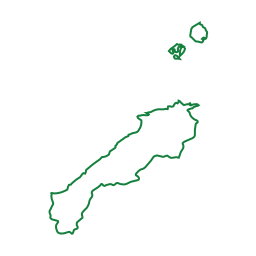 an SVG outline of Shimane, rotated 3°
{"feature_id": "JPN-1824", "entity_name": "Shimane", "entity_type": "Prefecture", "adm_level": 1, "iso_a3": "JPN", "parent_name": "Japan", "parent_adm1": "", "projection": "natural_earth1", "projection_center": [132.68, 35.321], "detail": "fine", "context": "isolated", "style": "outline", "palette": "green", "viewbox_px": 256, "rotation_deg": 3, "n_neighbors": 0, "source": "natural_earth", "source_scale": "10m", "svg_char_len": 4251}
<svg xmlns="http://www.w3.org/2000/svg" viewBox="0 0 256 256"><g transform="rotate(3 128 128)"><path d="M54.8,197.2L55.2,196.9L57.9,197.2L60.9,196.8L64.8,195.7L67.6,194.4L69.1,193.6L70.6,192.7L71.1,190.2L71.4,189.3L72.0,187.9L73.9,187.5L74.4,186.7L76.3,184.8L79.2,182.1L82.7,179.6L84.7,176.5L85.9,175.4L87.6,175.8L88.1,174.4L88.4,172.1L92.5,168.3L94.3,166.6L96.6,164.7L101.6,160.7L103.4,158.5L106.3,157.9L108.3,157.0L110.3,155.5L111.1,152.4L113.8,150.3L115.8,148.9L116.6,147.8L116.3,146.7L117.7,145.1L118.2,143.5L123.3,139.5L125.8,137.4L128.7,136.1L128.9,134.7L130.5,134.2L132.6,133.0L136.6,131.9L138.1,130.8L139.2,128.8L140.2,127.0L140.9,124.3L141.1,122.5L141.1,121.1L140.9,119.6L139.4,118.8L137.4,117.4L136.8,116.2L137.8,115.2L139.6,115.0L141.8,114.3L143.5,114.3L146.3,114.3L147.6,114.0L148.1,113.5L147.2,112.8L145.6,112.0L146.5,111.8L147.9,111.3L149.9,110.9L152.4,109.4L155.2,108.2L157.6,107.7L162.5,107.5L164.6,106.9L166.6,107.1L166.9,104.4L168.5,104.1L170.5,104.5L172.1,104.0L172.9,102.3L173.7,101.0L174.8,100.3L176.2,100.8L177.1,99.5L177.1,98.1L178.3,98.5L179.5,99.8L181.4,101.4L182.7,102.2L185.6,101.2L187.1,101.1L188.6,100.0L189.0,100.5L188.4,101.6L188.9,102.0L189.8,102.1L190.4,101.7L192.2,101.0L193.9,100.7L195.8,100.6L197.3,101.6L196.2,102.3L195.0,102.6L193.9,103.1L192.5,103.6L191.4,105.0L191.1,104.9L187.3,106.3L186.9,106.6L186.5,107.1L186.8,107.6L187.1,107.9L188.1,108.7L188.5,109.1L188.7,109.5L188.9,109.9L189.2,110.9L189.3,111.3L190.1,112.7L190.8,113.6L193.0,115.4L194.0,116.0L196.6,117.0L196.8,117.2L197.0,117.4L197.3,117.8L197.3,118.3L197.1,118.9L196.4,119.5L196.1,119.6L195.7,119.9L195.4,120.7L194.9,126.6L195.1,130.1L195.1,132.1L194.5,133.5L192.7,134.9L185.4,138.5L184.3,139.3L183.4,140.2L183.6,141.4L184.1,142.3L184.4,143.6L184.1,145.4L182.0,149.2L180.3,155.0L177.6,154.6L174.0,155.4L172.5,155.5L171.2,155.1L168.8,153.6L167.7,153.7L165.3,154.8L164.0,154.9L158.5,153.9L156.7,154.4L155.4,155.1L154.5,156.3L152.7,159.3L147.4,166.2L145.9,167.5L144.6,168.2L142.8,168.8L141.7,169.6L140.7,170.5L139.0,172.5L138.4,173.4L138.2,174.1L138.3,174.6L138.9,175.1L140.0,175.6L141.0,176.5L141.6,177.5L141.5,178.8L140.6,179.5L133.6,181.6L130.0,183.6L128.0,184.4L126.9,184.6L123.4,184.4L122.1,184.0L120.9,183.5L119.5,183.6L118.7,184.2L117.6,185.3L116.6,185.8L115.7,185.7L114.7,185.2L113.3,184.9L109.5,186.0L107.9,187.0L106.8,186.9L106.0,186.3L105.3,185.5L104.3,185.3L103.7,186.2L102.6,187.4L100.8,189.0L96.1,192.4L95.3,193.7L95.2,194.9L95.8,196.3L95.9,197.6L95.6,198.6L94.2,200.7L93.5,202.2L93.2,203.6L92.9,205.4L92.3,207.3L91.1,209.8L88.4,212.7L87.0,214.6L86.4,216.0L86.6,217.4L87.0,218.4L87.2,220.0L82.1,224.8L81.8,226.0L81.9,227.7L82.5,228.6L82.8,229.2L83.0,230.1L82.7,230.7L82.3,231.2L79.9,232.2L79.5,232.6L79.2,233.3L78.7,235.1L78.2,236.2L77.6,236.5L76.8,236.1L75.9,235.2L74.8,234.8L73.8,235.0L69.4,236.6L66.6,236.9L65.1,236.7L63.9,236.2L63.0,235.4L62.4,234.3L61.9,232.9L61.4,231.4L61.3,230.1L61.3,229.0L61.6,228.2L63.1,225.8L63.1,225.2L62.8,224.5L56.6,223.1L55.4,222.2L55.1,221.2L55.3,220.2L55.2,219.0L54.5,217.7L54.0,216.0L54.2,214.5L55.0,213.0L56.3,209.7L56.8,208.9L57.2,208.0L57.2,206.9L55.7,203.2L55.4,202.2L55.1,200.5L55.1,199.6L55.2,198.2L55.2,197.8L54.8,197.2ZM200.7,26.4L202.0,28.1L201.7,33.4L201.2,34.5L200.1,35.2L199.5,33.9L198.7,33.8L197.9,34.4L197.2,35.2L198.2,35.9L198.5,36.9L198.2,37.9L197.2,38.7L196.5,38.7L193.1,38.0L191.2,38.0L190.6,37.6L186.6,34.0L185.7,33.6L185.3,32.5L186.0,26.0L187.1,23.9L194.2,19.1L194.3,20.4L195.0,20.9L195.9,21.0L196.6,21.3L196.9,21.7L197.2,22.6L197.4,23.1L198.0,23.5L199.1,23.9L199.6,24.2L200.0,24.8L200.4,25.8L200.7,26.4ZM175.5,41.9L176.7,42.0L176.7,43.0L176.7,43.8L175.4,44.1L174.2,44.6L173.6,46.5L173.8,47.6L174.1,48.4L174.0,49.0L173.0,49.7L172.3,49.8L171.5,49.6L170.9,49.1L170.6,48.6L170.6,47.6L170.4,47.1L170.0,46.9L169.2,46.9L168.3,47.4L168.6,48.5L169.5,50.4L168.7,51.5L167.6,51.3L166.2,50.3L164.8,49.0L166.5,46.8L170.4,43.7L172.5,41.6L174.0,42.3L175.5,41.9ZM179.6,43.9L180.8,46.0L179.8,48.9L177.7,51.6L176.0,53.3L175.9,50.2L176.2,47.0L177.2,44.6L179.6,43.9ZM170.2,54.0L171.3,52.8L173.1,53.4L174.9,54.9L176.0,56.3L174.8,56.1L171.6,56.3L171.0,56.0L170.6,55.5L170.3,54.7L170.2,54.0ZM177.0,43.0L177.2,42.4L178.9,43.5L177.2,43.9L177.0,43.0Z" fill="none" stroke="#15803d" stroke-width="2"/></g></svg>